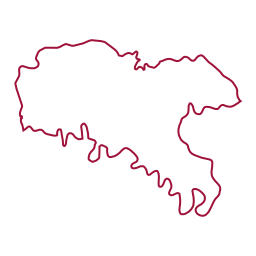 Kinh Mon, Hải Dương, Vietnam
{"feature_id": "81297802B98282177960136", "entity_name": "Kinh Mon", "entity_type": "district", "adm_level": 2, "iso_a3": "VNM", "parent_name": "Vietnam", "parent_adm1": "Hải Dương", "projection": "robinson", "projection_center": [106.519, 21.0], "detail": "fine", "context": "isolated", "style": "outline", "palette": "rose", "viewbox_px": 256, "rotation_deg": 0, "n_neighbors": 0, "source": "geoboundaries", "source_scale": "gbopen_adm2", "svg_char_len": 5812}
<svg xmlns="http://www.w3.org/2000/svg" viewBox="0 0 256 256"><path d="M218.8,195.1L219.2,194.2L220.2,189.6L220.2,188.1L220.1,187.5L219.7,186.4L218.7,184.8L214.9,180.6L213.1,178.3L212.1,176.3L211.7,174.8L211.5,171.9L212.2,166.2L212.3,162.9L212.2,161.7L211.8,160.9L211.0,160.1L209.7,159.5L201.6,157.7L194.1,154.9L191.6,153.4L190.0,151.7L189.4,150.6L188.3,147.8L188.0,146.3L187.6,145.2L186.2,143.7L184.0,142.4L182.2,140.9L181.5,140.3L180.7,139.2L179.4,136.3L178.9,135.0L178.4,132.0L178.5,129.2L179.5,125.1L180.8,122.3L181.5,119.6L181.8,119.0L182.8,117.9L185.4,116.3L186.1,115.7L187.2,114.6L188.0,113.2L188.3,111.9L188.5,110.2L188.6,106.3L189.3,104.2L189.9,103.4L190.9,103.5L191.3,103.8L192.3,105.2L193.0,106.7L193.9,110.5L194.6,111.9L195.1,112.6L195.8,113.3L196.6,113.7L197.7,114.1L199.2,114.2L200.4,113.9L201.3,113.0L201.6,112.6L203.7,108.3L204.7,107.2L205.9,106.9L207.3,106.8L210.1,107.2L214.7,108.8L215.9,109.0L217.4,109.0L218.2,108.6L220.5,105.9L221.6,105.2L222.6,105.0L223.4,105.0L226.3,106.2L227.4,106.4L229.5,106.7L231.0,106.7L232.8,106.1L234.9,105.0L238.0,103.0L240.6,101.1L239.7,100.4L238.2,97.9L237.8,97.1L237.2,94.6L237.2,90.3L236.7,88.6L235.2,85.8L232.4,81.8L230.8,80.5L228.9,79.1L223.7,76.0L222.4,74.7L220.1,71.7L215.6,67.6L212.3,64.8L208.7,62.1L203.7,56.7L202.2,55.6L201.6,55.3L200.7,55.3L198.4,56.1L197.1,57.2L194.7,60.1L194.2,60.5L193.1,60.7L191.5,60.5L189.9,59.3L188.4,57.8L186.8,57.1L185.5,56.8L184.1,56.9L179.9,60.4L177.7,61.1L176.3,61.0L175.5,60.8L171.9,59.4L169.9,58.9L167.6,59.0L165.4,59.6L162.1,61.0L160.2,61.6L159.7,62.0L159.5,62.9L158.9,63.8L155.3,67.2L154.4,67.6L153.7,67.7L148.8,66.4L148.3,66.1L147.6,64.9L146.7,64.0L145.9,64.0L145.2,64.3L144.7,65.0L144.5,65.5L144.4,67.4L144.6,68.7L144.5,69.3L144.2,69.6L143.7,69.8L143.3,69.4L142.5,68.2L141.2,67.2L139.9,66.9L139.1,67.0L138.8,67.2L136.9,69.1L136.5,69.3L135.8,69.3L135.3,69.1L135.0,68.7L134.9,68.1L134.9,67.3L135.1,66.3L137.1,62.4L137.9,61.4L139.7,60.1L139.7,59.8L139.6,59.6L139.1,59.3L137.2,59.0L136.7,58.6L136.4,58.1L136.2,57.1L136.7,55.9L137.4,53.3L137.4,52.6L136.8,51.7L136.3,51.5L135.9,51.6L134.7,52.5L132.8,54.2L132.4,54.3L131.8,54.2L131.4,53.8L130.7,53.5L129.2,53.0L128.4,53.0L127.7,53.1L124.9,54.4L122.5,56.1L120.5,55.8L118.8,55.4L117.8,53.1L116.2,50.9L114.5,49.3L105.2,42.3L104.4,41.9L100.9,41.1L91.9,40.2L90.9,40.3L89.1,40.8L82.5,43.6L80.9,43.9L74.7,45.5L73.2,45.8L71.3,45.6L66.7,44.2L65.7,44.0L62.6,45.4L59.6,47.1L57.1,47.8L45.2,47.7L40.0,50.4L39.2,51.1L38.2,52.3L37.4,54.2L36.5,56.3L36.0,58.0L36.0,59.0L36.8,60.3L37.8,61.6L38.3,62.4L38.6,63.7L38.5,64.8L38.3,65.4L37.8,66.3L37.3,66.8L36.3,67.4L34.8,68.1L33.9,68.3L30.5,68.2L29.4,68.1L23.4,66.3L22.3,66.1L21.7,66.2L20.9,66.6L20.1,67.2L19.3,68.3L19.1,70.2L19.4,73.9L19.2,75.5L18.7,76.8L15.4,83.0L15.4,83.8L16.5,88.7L22.0,105.3L22.1,106.5L21.9,107.3L21.1,109.1L20.2,111.8L19.9,113.4L20.2,115.9L20.5,116.4L21.7,116.2L21.9,116.4L21.9,118.0L21.4,118.0L20.9,118.5L20.9,118.9L21.1,119.7L20.9,120.2L20.9,121.1L21.5,123.3L22.1,124.3L22.9,127.4L23.4,130.4L25.3,129.2L28.1,126.8L28.7,126.6L29.7,126.5L30.7,127.2L32.9,130.0L33.5,130.5L34.2,130.8L35.1,130.9L36.0,130.8L38.8,129.9L39.7,129.7L41.1,129.8L42.5,130.4L44.5,132.7L45.3,133.3L46.2,133.7L47.6,134.2L53.1,135.5L55.1,135.7L57.1,135.3L57.2,132.2L57.7,130.8L58.3,129.8L58.9,129.4L60.6,129.5L61.1,130.5L61.6,133.3L61.8,135.0L62.7,139.7L63.1,144.4L63.3,145.3L63.7,145.8L64.5,146.0L65.0,145.6L65.4,145.1L66.0,143.4L66.3,140.3L67.0,136.9L67.6,134.9L68.5,133.8L69.1,133.4L69.6,133.2L71.1,133.3L71.9,133.7L72.9,134.3L75.2,137.2L76.4,138.1L77.9,138.9L78.9,139.2L79.8,139.2L82.5,138.6L81.6,129.2L81.2,127.2L81.3,125.9L81.9,124.8L82.7,124.1L83.6,123.7L84.0,123.6L84.6,123.9L85.4,124.8L86.7,127.1L88.1,133.9L88.2,137.1L88.3,137.8L88.5,138.3L89.4,138.7L93.8,140.1L94.7,140.6L95.5,141.7L95.8,142.6L95.7,143.1L94.8,144.7L94.6,146.6L94.0,148.5L93.0,149.8L90.9,152.0L89.4,154.4L88.8,156.6L88.7,157.4L88.7,159.0L89.0,159.7L91.4,161.3L92.2,161.7L92.9,161.8L96.2,160.5L98.7,158.5L99.1,157.7L99.3,156.0L99.5,150.3L99.4,147.4L99.4,146.8L100.3,145.9L101.2,145.2L102.1,145.2L104.0,146.0L105.8,146.9L107.0,148.0L107.2,148.7L107.1,151.2L107.5,154.3L107.7,155.1L108.5,156.3L109.1,156.8L109.6,157.0L110.8,157.1L113.6,156.4L115.5,155.7L117.5,154.5L120.0,152.4L121.7,150.5L124.0,148.6L125.0,148.2L126.7,148.1L128.9,149.1L130.7,150.4L134.2,153.5L136.4,156.1L137.3,157.6L137.6,158.6L137.6,159.5L137.2,160.7L136.5,161.7L133.4,163.3L132.4,164.0L131.8,164.7L131.4,165.5L131.3,166.3L131.6,167.2L132.1,167.9L133.3,168.3L134.7,168.3L136.8,167.8L140.4,166.3L142.7,166.2L143.5,166.4L144.5,167.1L145.9,169.0L146.4,170.2L147.4,173.9L147.6,174.3L148.5,174.9L149.8,174.7L153.0,172.2L154.8,171.2L156.2,170.9L157.2,171.0L157.7,171.5L158.6,173.7L158.9,176.6L158.6,183.5L158.7,185.2L158.9,186.0L159.4,186.5L159.9,186.8L160.9,186.7L161.5,186.5L162.5,185.5L163.3,184.2L164.8,180.3L165.7,179.2L166.7,178.7L167.3,178.7L168.5,179.1L169.3,179.8L170.4,181.9L171.2,184.4L171.4,185.9L171.4,186.9L171.2,187.8L169.2,192.2L169.1,193.2L169.2,194.0L170.3,195.0L171.3,195.3L173.0,195.0L176.3,193.4L177.1,193.1L178.2,193.1L178.9,193.4L179.3,193.7L179.5,194.2L180.1,198.7L180.2,201.7L180.0,204.6L179.5,208.5L179.4,210.1L179.8,212.3L180.5,213.6L181.3,214.2L183.4,214.2L184.9,213.9L185.6,213.6L188.8,211.7L191.3,209.2L192.7,206.9L193.1,206.0L193.5,204.3L193.8,200.6L193.5,197.0L192.5,191.4L192.4,190.8L192.7,190.1L193.1,189.5L193.8,189.1L195.7,189.0L196.9,189.3L198.9,190.2L200.6,191.4L202.3,193.0L203.7,194.6L204.6,196.1L204.9,197.8L204.8,199.4L204.5,200.5L204.0,201.5L202.7,203.0L201.2,204.3L198.8,205.6L196.9,207.1L195.9,208.5L195.7,209.3L195.6,210.0L195.8,211.2L196.3,212.4L196.9,213.3L198.0,214.3L200.2,215.4L202.7,215.8L204.4,215.5L205.6,214.9L206.3,214.4L208.5,212.1L210.9,207.7L211.6,206.1L214.0,201.0L215.4,198.9L218.1,196.0L218.8,195.1Z" fill="none" stroke="#9f1239" stroke-width="2"/></svg>